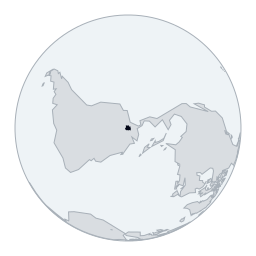 Cundinamarca highlighted on a globe, orthographic projection, rotated 128°
{"feature_id": "COL-1398", "entity_name": "Cundinamarca", "entity_type": "Department", "adm_level": 1, "iso_a3": "COL", "parent_name": "Colombia", "parent_adm1": "", "projection": "orthographic", "projection_center": [-74.139, 4.765], "detail": "fine", "context": "on_globe", "style": "filled", "palette": "ink", "viewbox_px": 256, "rotation_deg": 128, "n_neighbors": 0, "source": "natural_earth", "source_scale": "10m", "svg_char_len": 8594}
<svg xmlns="http://www.w3.org/2000/svg" viewBox="0 0 256 256"><g transform="rotate(128 128 128)"><circle cx="128" cy="128" r="113" fill="#eef3f6" stroke="#a8b0b8"/><path d="M120.1,121.0L117.5,119.8L114.9,123.1L105.8,117.7L102.7,111.0L75.6,100.5L72.9,97.2L73.1,91.9L65.7,74.9L68.2,90.8L65.0,87.7L62.7,82.0L64.4,80.6L63.4,72.5L60.8,69.5L62.0,59.9L70.0,48.3L70.6,50.0L72.5,47.3L71.8,45.2L71.0,44.5L76.5,35.2L75.6,31.3L71.6,32.7L75.4,30.6L65.3,35.5L62.4,36.7L68.0,33.8L70.3,32.5L69.5,32.3L71.7,30.9L72.6,30.2L75.3,28.7L78.3,27.6L80.1,26.7L79.4,26.7L81.7,25.5L82.4,25.5L86.5,23.5L92.3,22.0L92.1,24.8L97.6,24.0L103.3,27.3L105.1,26.3L108.3,27.3L111.6,26.6L111.7,27.8L114.2,26.3L113.4,25.4L114.3,24.5L116.1,24.1L116.6,25.4L115.8,25.8L116.9,26.0L116.3,26.9L117.6,26.2L118.0,28.1L120.4,25.8L122.9,26.8L122.5,28.2L119.0,28.7L109.2,34.2L107.6,36.4L108.9,38.6L118.9,41.2L118.6,43.6L120.9,46.3L122.7,44.5L121.5,41.8L125.4,39.5L123.5,36.8L124.8,35.6L124.4,32.9L128.3,32.8L132.3,34.3L132.9,36.6L134.7,37.5L137.3,35.0L141.3,39.6L149.2,43.3L149.9,44.8L145.6,47.5L137.7,47.7L132.1,52.5L139.6,49.0L141.1,53.3L143.0,54.0L145.1,53.8L146.1,52.1L147.4,53.7L140.5,57.4L139.2,56.0L141.4,54.7L137.7,55.0L133.0,58.1L134.1,60.4L125.9,63.8L126.6,65.6L125.2,67.6L124.6,64.4L125.5,70.3L116.0,77.4L116.9,88.6L111.8,80.0L107.4,79.1L102.0,79.4L102.1,81.2L95.0,80.0L88.5,84.0L86.1,93.1L88.5,100.0L96.4,100.1L98.8,96.2L104.6,95.3L100.3,106.0L110.5,107.3L109.4,115.4L112.4,119.6L117.5,118.4L122.8,120.4L126.5,115.6L132.6,113.0L132.7,119.5L136.1,113.5L139.5,116.6L151.5,116.1L150.6,117.6L160.7,125.2L171.6,128.4L174.1,133.1L172.8,136.1L176.5,136.9L176.6,138.9L191.2,141.4L198.4,145.9L198.0,152.7L191.7,160.8L185.2,177.2L173.6,182.8L170.2,189.3L160.3,198.7L153.3,198.1L154.9,202.5L150.6,205.3L145.9,205.5L144.8,208.6L141.3,208.7L143.4,210.7L137.4,214.6L138.7,217.8L134.2,220.8L135.2,222.6L133.6,222.5L131.9,223.2L131.6,224.1L127.0,222.5L126.1,218.5L128.0,216.4L126.0,216.0L130.1,210.6L127.7,211.7L128.9,203.3L132.5,196.1L135.3,174.7L133.0,170.4L124.4,165.4L114.1,149.2L117.0,142.5L114.7,139.4L122.1,129.8L120.1,121.0ZM22.6,92.9L23.4,90.4L23.2,91.9L22.6,92.9ZM23.8,88.9L23.5,89.7L23.7,89.0L23.8,88.9ZM23.8,88.4L23.8,88.8L23.7,88.6L23.8,88.4ZM23.6,88.1L23.7,88.3L23.6,88.1ZM116.3,92.5L127.9,97.9L121.3,98.7L122.6,97.6L119.6,95.4L114.1,93.4L108.4,94.7L116.3,92.5ZM23.8,86.9L23.9,86.5L24.1,86.3L23.8,86.9ZM121.5,86.1L119.5,85.7L121.5,85.7L121.5,86.1ZM70.2,44.5L71.6,45.4L71.4,48.0L70.0,47.3L70.2,44.5ZM71.0,40.2L72.3,40.0L70.0,42.4L70.0,41.8L71.0,40.2ZM68.2,34.2L68.9,34.3L67.5,34.7L68.2,34.2ZM72.2,30.4L71.3,30.9L72.1,30.3L72.2,30.4ZM122.3,33.2L123.3,33.1L122.9,33.7L122.3,33.2ZM121.1,32.3L119.8,33.1L119.1,32.7L119.9,32.3L121.1,32.3ZM77.0,27.6L78.7,26.8L77.5,27.4L77.0,27.6ZM122.8,31.5L117.9,32.1L116.6,31.6L118.6,29.4L122.8,31.5ZM84.6,24.0L83.5,24.5L82.4,25.1L81.7,25.3L80.0,26.1L81.2,25.5L84.6,24.0ZM112.4,25.3L113.3,26.2L110.8,25.9L112.4,25.3ZM110.6,25.4L102.0,26.2L101.6,24.9L104.6,24.7L102.7,23.6L106.8,22.5L108.7,22.9L108.1,23.9L110.1,22.8L110.6,25.4ZM93.2,20.9L92.8,21.0L92.5,21.1L93.2,20.9ZM114.4,24.2L112.7,24.3L112.2,23.2L115.6,22.6L114.6,23.2L114.4,24.2ZM100.2,23.9L100.5,23.1L103.8,22.0L104.4,21.5L106.8,22.4L100.2,23.9ZM115.7,23.2L117.3,22.4L119.2,22.7L116.0,23.9L115.7,23.2ZM110.7,23.2L110.6,22.6L111.8,22.7L110.7,23.2ZM126.8,23.5L124.7,23.5L124.3,22.9L126.8,23.5ZM117.8,22.1L117.1,22.0L116.7,21.9L118.1,21.4L117.8,22.1ZM109.0,21.6L110.4,21.4L108.2,21.2L110.6,20.5L111.8,21.3L112.3,20.7L113.1,20.5L113.2,21.3L109.0,21.6ZM118.4,20.5L120.7,21.5L124.6,21.5L125.1,22.0L118.8,22.0L118.4,20.5ZM115.3,20.9L117.3,20.7L116.9,21.3L115.3,21.8L115.3,20.9ZM111.9,19.8L107.8,20.7L107.7,20.5L111.9,19.8ZM119.6,20.3L119.0,20.1L119.9,20.2L119.6,20.3ZM114.3,19.8L112.9,20.1L112.8,19.8L114.3,19.8ZM119.0,19.5L119.7,19.8L118.7,20.1L119.0,19.5ZM116.9,19.5L117.1,19.2L117.8,20.0L116.3,19.7L116.9,19.5ZM114.5,19.5L113.9,19.5L115.1,19.5L114.5,19.5ZM122.6,18.4L123.8,19.4L121.4,19.9L120.6,18.9L122.6,18.4ZM134.6,225.9L127.4,223.1L131.5,224.4L134.6,222.9L138.3,225.0L134.6,225.9ZM143.6,221.9L147.0,221.0L147.8,221.5L145.6,222.2L143.6,221.9ZM214.4,55.7L213.8,55.0L211.9,52.9L206.5,47.9L208.8,50.3L214.0,55.3L213.7,55.1L216.8,58.9L214.2,55.8L207.9,50.3L208.2,52.8L213.9,63.3L213.0,64.8L209.8,63.8L202.5,54.3L205.4,52.0L202.8,49.1L197.7,45.8L199.0,45.6L197.3,44.1L197.9,43.4L194.4,39.3L194.3,38.5L188.7,34.4L187.9,33.5L191.5,36.1L194.0,37.6L193.4,36.3L192.0,35.3L188.4,32.9L188.6,33.0L195.7,37.9L202.4,43.4L208.6,49.3L214.4,55.7ZM186.5,31.7L185.2,31.0L185.0,30.8L186.5,31.7ZM182.8,29.6L178.6,27.4L174.7,25.5L173.4,24.9L179.5,28.1L182.0,29.4L184.1,30.5L190.8,34.8L191.9,35.9L185.0,31.8L185.8,33.1L180.0,29.7L166.8,22.5L163.5,21.1L163.9,21.2L173.6,25.0L182.8,29.6ZM231.5,172.5L235.6,160.9L238.1,151.8L239.3,145.1L239.8,131.3L239.8,123.0L239.3,119.9L238.6,121.3L237.7,117.6L237.0,117.9L230.7,123.2L227.1,118.9L218.9,104.5L218.8,97.8L215.8,90.9L212.9,65.2L215.6,65.7L217.0,60.7L217.8,61.2L221.2,66.3L225.0,70.7L228.9,77.9L232.2,85.3L235.0,92.9L237.3,100.8L239.0,108.7L240.1,116.8L240.6,124.9L240.5,133.1L239.9,141.2L238.6,149.2L236.8,157.2L234.4,164.9L231.5,172.5ZM217.8,77.3L218.8,79.3L217.8,77.3ZM151.9,116.0L153.3,117.3L151.4,117.3L151.9,116.0ZM120.4,101.3L122.9,101.4L124.1,102.4L122.3,102.8L120.4,101.3ZM141.1,101.1L143.9,101.7L141.0,102.2L141.1,101.1ZM129.8,98.6L138.8,101.0L133.1,103.0L127.4,101.6L131.4,100.9L129.8,98.6ZM120.4,89.8L121.9,90.2L121.5,91.4L120.4,89.8ZM123.0,86.1L122.4,86.2L121.6,85.3L123.0,86.1ZM141.5,53.1L142.1,52.8L144.3,53.0L143.3,53.7L141.5,53.1ZM154.0,49.7L155.8,52.4L153.8,50.8L152.7,52.1L147.2,50.8L149.9,45.5L149.7,48.0L154.0,49.7ZM140.5,48.0L143.8,49.1L140.1,48.1L140.5,48.0ZM187.1,38.0L188.8,38.5L190.7,40.3L190.7,42.3L187.9,39.7L187.1,38.0ZM190.7,39.0L183.8,34.8L183.5,33.7L184.8,35.0L185.3,34.7L187.6,36.7L194.1,40.0L196.2,41.9L195.1,44.0L194.3,42.2L192.7,41.6L190.7,39.0ZM166.5,29.2L163.5,28.3L166.8,27.0L169.2,28.1L169.4,29.9L166.6,29.7L166.5,29.2ZM127.2,27.9L125.8,28.2L125.7,27.8L126.7,27.2L127.2,27.9ZM125.9,23.6L133.0,26.4L131.8,26.8L137.4,28.4L136.4,30.2L132.8,29.0L136.3,31.8L132.7,31.5L135.4,33.3L127.4,30.5L124.3,30.6L128.1,29.8L129.1,28.1L128.6,27.4L124.8,25.6L118.5,25.3L118.5,23.8L120.1,22.9L121.6,22.8L121.2,23.7L123.5,22.8L124.0,24.1L125.9,23.6ZM139.4,17.4L138.3,17.7L143.0,17.7L143.6,18.3L144.1,18.3L145.9,19.0L148.9,19.8L148.7,20.1L150.0,20.3L151.2,20.9L152.9,21.4L153.0,22.2L155.1,22.9L153.9,22.9L157.5,24.0L154.9,23.6L156.2,24.5L158.1,24.4L154.4,29.1L154.9,31.9L156.7,34.7L151.9,34.1L147.2,31.3L143.1,27.9L143.3,25.5L141.1,25.9L140.5,24.9L142.5,25.0L139.1,24.3L139.2,23.5L135.6,21.6L130.7,21.3L129.2,20.7L131.2,20.5L128.3,20.1L131.0,19.4L130.1,19.0L131.7,18.1L136.1,18.1L134.6,17.7L135.9,17.2L139.4,17.4ZM123.2,18.1L128.3,17.6L131.1,17.9L127.0,19.4L127.5,19.9L125.0,21.2L121.0,21.0L122.1,20.6L122.2,20.1L123.4,20.4L122.6,19.9L124.0,19.4L123.8,18.9L125.5,18.8L123.2,18.1ZM216.5,59.1L216.5,58.6L218.4,61.1L216.5,59.1ZM212.3,55.4L212.2,54.9L214.8,57.9L214.6,58.0L212.3,55.4ZM209.8,52.2L212.0,54.6L210.7,53.4L209.8,52.2ZM191.1,35.6L190.7,35.1L191.5,35.7L192.8,36.6L191.1,35.6ZM153.7,18.7L152.6,18.5L151.9,18.4L148.1,17.7L147.5,17.4L149.5,17.7L153.7,18.7ZM152.3,18.2L150.8,17.9L151.4,18.0L152.3,18.2ZM146.8,17.2L147.1,17.1L146.9,17.3L146.8,17.2ZM144.2,16.5L143.8,16.5L144.2,16.5Z" fill="#d9dde1" stroke="#a8b0b8" stroke-width="1"/><path d="M127.3,130.1L127.2,130.0L127.2,129.8L127.2,129.7L127.3,129.7L127.2,129.5L127.3,129.5L127.2,129.4L127.3,129.4L127.3,129.2L127.2,129.0L126.9,129.1L126.7,129.0L126.7,128.9L126.7,129.0L126.5,128.9L126.7,128.6L126.7,128.4L126.7,128.2L126.8,128.0L126.8,127.9L126.8,127.7L126.8,127.4L126.8,127.0L126.8,126.9L126.9,126.7L127.0,126.7L126.9,126.7L127.0,126.6L126.9,126.5L127.0,126.4L127.0,126.2L127.3,126.0L127.5,126.0L127.6,125.9L127.6,126.0L127.7,126.3L127.8,126.5L128.0,126.6L128.2,126.8L128.3,126.8L128.4,126.7L128.5,126.7L128.6,126.4L128.7,126.5L128.8,126.6L129.0,126.7L129.1,126.8L129.1,127.0L129.3,127.3L129.2,127.5L129.2,127.8L129.4,127.8L129.5,127.8L129.6,128.0L129.8,128.1L130.0,128.2L130.0,128.6L130.0,129.0L129.9,129.1L129.8,128.9L129.5,128.9L129.4,128.9L129.2,128.9L129.1,128.7L128.9,128.5L128.7,128.6L128.7,128.9L128.7,129.0L128.8,129.1L128.7,129.1L128.4,129.2L128.4,129.3L128.2,129.3L128.0,129.5L128.0,129.4L128.1,129.2L128.1,128.8L128.0,128.7L128.2,128.4L128.3,128.3L128.2,128.3L128.2,128.2L128.2,127.9L128.3,127.9L128.2,127.9L128.1,128.0L127.9,128.1L128.0,128.2L127.9,128.2L127.8,128.3L127.9,128.5L127.9,128.8L127.9,129.0L127.8,129.3L127.7,129.3L127.5,129.5L127.5,129.8L127.4,129.9L127.3,130.1Z" fill="#0f172a" stroke="#020617" stroke-width="1.5"/></g></svg>